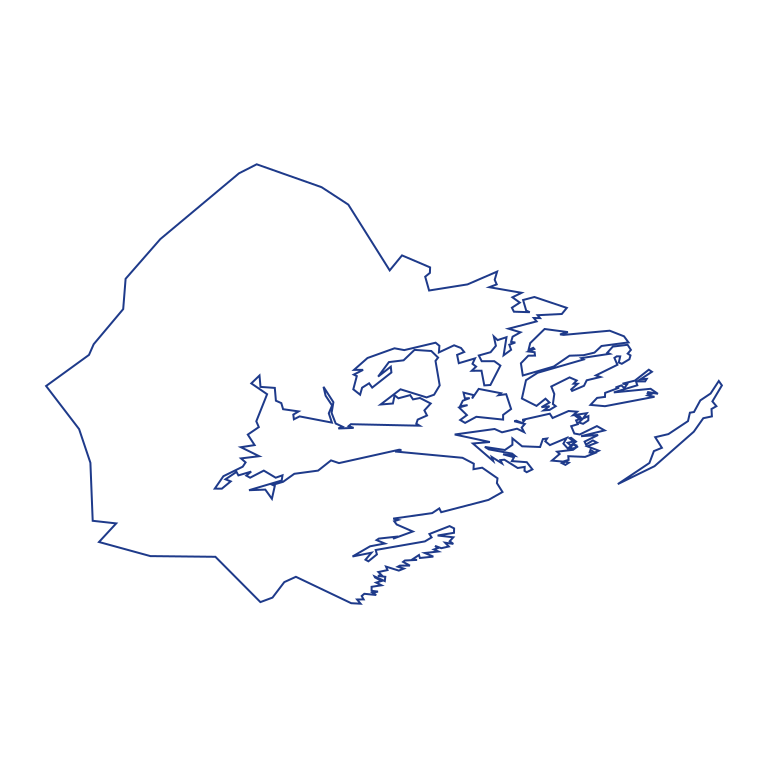 Kragerø nor, Telemark, Norway (Natural Earth projection)
{"feature_id": "86288312B49574496849742", "entity_name": "Kragerø nor", "entity_type": "district", "adm_level": 2, "iso_a3": "NOR", "parent_name": "Norway", "parent_adm1": "Telemark", "projection": "natural_earth1", "projection_center": [9.439, 58.886], "detail": "fine", "context": "isolated", "style": "outline", "palette": "blue", "viewbox_px": 768, "rotation_deg": 0, "n_neighbors": 0, "source": "geoboundaries", "source_scale": "gbopen_adm2", "svg_char_len": 6126}
<svg xmlns="http://www.w3.org/2000/svg" viewBox="0 0 768 768"><path d="M351.2,603.2L360.6,603.7L357.1,599.5L363.6,599.4L361.7,596.0L364.3,593.8L376.2,595.0L372.6,592.7L378.0,591.6L371.6,590.8L371.6,586.8L381.5,585.3L376.2,582.6L381.6,581.0L375.0,577.4L374.5,576.4L384.8,581.1L385.3,576.8L377.9,575.9L381.5,575.1L378.4,572.0L387.5,570.1L386.0,566.6L398.8,570.6L403.8,568.6L397.8,566.7L399.9,565.6L409.9,565.6L403.1,561.9L404.9,560.5L417.1,559.9L412.2,559.5L419.0,555.0L419.9,558.0L433.3,556.6L424.8,553.0L438.4,551.5L433.9,549.5L437.6,548.2L435.1,545.9L441.3,548.2L448.8,546.5L445.1,542.7L453.3,543.9L449.7,541.2L453.3,537.3L437.6,535.5L454.0,532.8L454.1,528.4L449.6,526.1L429.4,534.0L431.6,537.4L424.9,541.4L375.7,550.0L376.9,554.4L368.4,561.3L365.5,559.7L371.5,552.7L352.5,556.5L370.1,546.3L384.8,543.5L376.6,540.1L378.8,538.6L395.3,536.8L393.1,538.7L412.8,531.5L396.7,524.5L394.2,521.2L398.2,519.9L393.2,518.6L432.2,513.1L439.3,508.4L441.2,512.2L488.5,499.9L502.5,492.0L496.9,483.1L497.5,478.3L482.2,467.7L473.5,469.2L473.8,463.7L462.5,457.8L395.1,451.5L401.4,450.0L399.2,449.7L339.0,463.1L331.0,460.4L318.1,470.6L294.3,473.8L283.1,481.8L272.6,484.9L274.8,485.9L271.9,498.8L265.3,489.6L249.0,490.2L281.7,480.5L282.5,475.3L275.7,477.7L263.8,470.6L250.1,477.7L246.3,475.6L251.2,471.6L238.4,475.4L236.5,471.9L225.5,479.3L230.7,481.4L221.8,488.7L214.8,488.6L223.4,476.2L242.7,466.7L245.6,462.4L241.0,458.4L259.2,456.2L240.9,447.2L254.6,445.1L247.8,434.6L258.8,427.1L256.3,421.3L267.1,394.2L251.3,383.4L259.5,375.5L260.5,386.9L274.8,387.9L275.9,400.7L281.3,403.1L283.1,409.2L298.6,411.4L293.3,414.6L293.9,419.3L299.6,416.4L331.9,422.6L328.8,413.3L332.1,405.5L325.6,395.7L323.5,386.8L333.4,402.2L331.6,412.9L335.7,423.5L342.5,426.7L338.3,428.5L353.6,427.9L348.6,426.1L350.9,424.2L419.6,425.7L416.3,423.7L417.7,419.6L427.0,415.5L424.4,410.4L430.7,403.5L420.0,398.0L413.0,399.4L410.2,395.1L398.4,398.3L394.6,395.3L392.9,403.5L380.6,404.5L400.5,389.3L426.6,397.4L434.1,394.7L439.7,385.4L435.5,360.9L438.1,357.6L431.3,351.0L414.5,349.9L403.6,360.3L388.9,362.1L378.1,376.6L390.8,366.7L391.4,372.5L372.2,387.6L369.1,383.3L362.1,387.7L360.1,394.7L353.3,389.3L356.8,376.1L353.8,374.6L363.1,369.9L354.0,369.9L367.5,358.0L394.5,348.3L404.3,350.1L435.6,342.7L439.4,345.8L438.9,352.4L454.1,345.3L461.0,348.0L464.2,352.0L457.1,354.9L458.8,363.2L475.0,358.4L472.5,363.8L476.1,366.6L471.7,370.8L481.5,370.7L484.3,385.4L490.4,385.0L500.4,365.6L494.3,361.2L481.7,361.2L478.8,355.5L490.6,352.2L495.9,345.8L493.8,336.5L497.6,340.1L506.5,337.2L503.6,355.3L511.1,349.8L509.3,344.7L515.3,342.5L511.1,341.9L512.6,336.7L520.5,332.3L508.5,328.7L536.6,321.4L533.8,318.0L540.0,318.1L537.6,315.2L561.8,314.0L566.8,307.9L534.4,297.0L523.1,300.0L526.2,310.6L529.8,312.2L513.9,311.7L511.9,307.7L519.8,302.6L512.4,297.3L521.6,292.8L489.3,287.2L496.7,284.4L494.7,279.8L497.1,271.6L467.5,284.4L429.1,290.5L425.2,276.7L429.9,272.9L430.1,267.4L402.0,255.4L389.7,270.4L348.3,204.6L321.6,187.2L256.7,164.3L239.0,173.3L160.3,239.1L125.6,278.8L123.2,309.1L93.7,344.2L89.0,354.9L46.1,386.0L79.1,429.1L90.4,462.8L92.7,520.8L116.2,523.4L99.0,542.0L150.4,556.1L215.4,556.8L260.4,602.1L272.5,597.6L284.3,582.1L295.9,576.8L351.2,603.2ZM568.6,411.0L552.6,418.0L549.8,413.7L522.2,419.9L524.6,420.3L522.3,423.0L516.4,420.7L514.2,421.2L524.8,424.0L521.7,427.6L524.1,432.1L517.0,428.7L502.0,432.3L494.6,429.0L454.7,434.5L489.9,442.0L472.9,443.5L493.2,461.0L491.8,457.0L502.0,463.4L500.4,460.1L504.4,459.7L517.7,468.0L524.7,466.9L524.5,470.8L526.7,472.2L532.4,469.4L526.8,462.2L511.9,461.1L514.0,457.3L503.0,454.3L515.0,455.9L512.1,453.6L488.9,449.4L484.8,446.9L504.9,450.0L512.4,444.8L512.4,438.4L522.1,446.3L540.1,447.0L542.9,439.1L547.1,438.5L545.3,441.3L549.9,445.1L566.6,438.0L563.4,443.6L567.7,448.4L571.2,446.0L567.7,442.8L573.5,441.5L569.4,438.2L571.1,437.8L576.0,441.6L572.6,444.1L576.4,445.4L575.9,446.9L578.0,446.6L575.6,447.3L575.8,445.3L572.6,444.6L569.9,448.7L575.5,448.0L573.1,449.8L557.1,451.7L559.6,454.0L551.9,460.6L565.3,461.8L562.0,463.2L565.4,464.9L568.8,462.7L564.3,461.2L568.6,459.9L568.3,456.2L585.1,456.9L594.2,453.3L589.6,452.5L590.5,449.9L594.7,452.6L598.8,450.7L587.2,446.3L596.9,442.6L592.9,440.4L586.0,444.6L584.6,441.6L598.1,435.0L581.1,436.2L604.6,430.4L596.9,426.1L579.7,434.5L574.3,433.5L571.2,426.2L577.8,424.2L576.1,420.4L579.8,419.1L576.3,416.5L579.7,416.4L582.1,419.4L578.8,422.5L583.1,423.8L588.3,420.4L588.4,416.1L583.0,418.5L586.8,413.2L573.1,415.2L577.2,411.7L568.6,411.0ZM567.9,332.1L544.6,329.0L530.2,343.1L528.5,350.1L533.2,347.8L534.3,349.0L528.6,351.5L534.6,352.2L535.0,355.6L528.3,355.7L520.9,363.3L522.8,375.5L553.8,366.5L569.5,355.7L583.6,355.2L594.5,352.6L601.5,346.0L628.5,342.4L624.0,336.3L609.7,330.7L563.5,334.9L560.0,334.4L567.9,332.1ZM627.6,344.8L612.8,346.6L607.3,352.7L609.7,353.8L581.4,358.1L583.5,359.5L537.6,372.8L526.0,380.2L521.9,398.5L536.5,405.9L545.5,398.7L549.5,402.5L541.5,407.2L549.5,406.2L543.7,410.4L549.6,409.9L555.7,406.2L552.9,404.0L554.3,394.0L551.3,386.5L569.6,377.4L576.7,380.5L573.6,383.7L577.6,383.8L571.2,389.4L572.1,390.9L584.0,385.8L586.7,380.3L600.4,377.0L595.9,375.4L617.4,364.8L614.4,357.9L616.8,356.3L620.2,356.4L618.8,362.5L621.8,363.8L629.4,359.2L630.5,355.4L627.7,353.6L630.9,349.9L627.6,344.8ZM718.8,381.0L710.6,393.5L700.3,400.4L694.0,412.0L689.9,412.7L688.0,421.1L668.4,434.1L655.2,437.2L661.9,447.8L653.9,451.1L649.4,463.0L617.8,484.1L654.5,466.2L693.8,431.7L703.3,418.2L711.9,416.4L711.5,409.0L716.4,406.2L712.4,401.4L721.9,385.4L718.8,381.0ZM500.9,393.2L478.7,388.9L472.1,398.5L473.6,395.1L463.5,392.6L464.9,398.4L469.7,398.1L462.8,400.7L460.1,406.2L467.6,405.1L459.1,407.5L466.9,415.1L460.2,420.0L465.1,422.9L476.3,416.8L503.1,419.6L503.1,414.9L511.1,409.0L506.2,394.2L498.6,395.2L500.9,393.2ZM648.8,369.7L634.9,380.6L622.5,383.7L627.1,384.3L624.3,388.1L621.4,385.4L615.5,387.5L619.1,387.7L605.1,392.9L605.0,396.9L597.1,397.9L590.5,404.9L605.0,406.2L654.5,396.8L647.9,395.4L651.2,394.0L647.6,393.4L648.1,392.1L657.9,393.8L650.6,388.8L613.8,392.4L637.3,385.3L636.0,381.4L645.1,381.4L646.7,378.9L640.5,379.3L651.9,371.8L648.8,369.7Z" fill="none" stroke="#1e3a8a" stroke-width="2"/></svg>